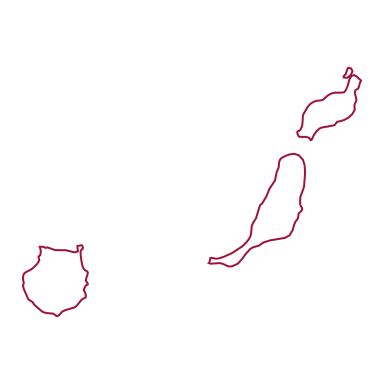 Las Palmas, Albers equal-area conic projection
{"feature_id": "ESP-5829", "entity_name": "Las Palmas", "entity_type": "Autonomous Community", "adm_level": 1, "iso_a3": "ESP", "parent_name": "Spain", "parent_adm1": "", "projection": "albers", "projection_center": [-14.437, 28.512], "detail": "fine", "context": "isolated", "style": "outline", "palette": "rose", "viewbox_px": 384, "rotation_deg": 0, "n_neighbors": 0, "source": "natural_earth", "source_scale": "10m", "svg_char_len": 2650}
<svg xmlns="http://www.w3.org/2000/svg" viewBox="0 0 384 384"><path d="M283.8,156.7L289.0,154.5L294.2,153.8L298.9,155.3L303.0,159.9L304.6,165.2L305.1,172.5L304.1,186.1L303.2,189.4L300.8,195.5L300.3,197.7L300.1,203.1L300.3,204.8L300.7,205.8L302.0,208.0L302.2,209.2L301.6,210.7L299.1,213.1L298.5,214.0L298.4,215.5L298.2,217.1L297.8,218.5L295.4,221.8L294.2,224.6L292.7,230.0L289.6,235.3L284.9,237.9L270.0,240.4L263.6,242.4L258.8,245.7L253.3,247.2L250.4,248.8L245.8,253.8L242.0,259.1L237.8,263.7L231.9,266.4L228.3,266.4L222.7,263.8L219.8,263.1L210.5,263.7L208.8,263.1L209.3,262.6L209.9,260.7L210.3,258.8L210.2,258.1L211.2,257.8L216.0,258.7L218.8,258.4L224.0,256.7L232.2,253.0L242.2,246.4L246.4,242.3L248.6,239.5L250.2,236.9L251.0,233.8L251.8,225.9L253.0,223.0L256.1,218.1L259.5,206.8L260.3,204.9L262.1,203.5L266.3,196.6L269.5,188.7L275.0,180.5L276.6,172.5L278.6,167.6L279.2,161.9L280.0,159.8L281.4,158.1L283.8,156.7ZM83.9,269.1L85.0,270.1L87.3,271.5L87.8,272.5L87.4,275.1L86.3,277.9L85.9,280.8L87.7,283.4L87.7,284.5L86.2,285.2L85.1,286.6L83.7,290.0L85.0,292.3L85.9,295.2L85.6,297.6L83.2,298.6L81.5,299.8L76.9,305.5L74.9,307.3L64.9,310.3L63.3,311.2L62.6,311.3L58.8,315.4L57.1,316.2L55.7,315.5L54.3,314.3L53.0,313.6L46.9,313.1L44.2,312.5L41.9,311.4L34.4,304.8L33.2,303.2L32.7,302.1L29.7,300.3L28.4,299.3L27.9,298.4L23.9,289.2L23.0,285.9L23.8,282.8L23.3,280.9L23.0,278.5L23.2,275.9L23.9,274.0L25.2,272.6L30.8,269.6L33.3,267.8L36.8,264.4L39.3,260.5L38.5,256.6L40.2,255.2L40.8,252.3L40.5,249.1L39.7,246.8L41.3,246.7L42.8,246.8L44.2,247.2L45.5,247.9L47.5,247.4L55.1,250.1L65.7,250.2L74.6,252.4L77.9,251.4L77.4,246.0L81.6,245.2L82.2,245.5L82.9,247.6L82.8,248.8L81.7,249.4L80.6,251.3L80.7,255.6L81.6,262.0L81.9,263.1L82.2,265.0L82.8,267.1L83.9,269.1ZM351.8,75.7L354.3,75.1L356.9,76.7L361.0,80.5L359.6,83.8L359.1,86.4L358.1,88.6L355.3,90.4L354.8,92.9L355.3,95.0L356.0,97.4L356.4,100.2L356.1,101.4L354.9,103.5L354.5,104.7L354.4,106.1L354.7,108.9L354.5,110.2L352.3,114.1L348.3,117.7L343.8,120.2L337.2,121.9L335.9,123.4L334.8,124.9L333.1,125.6L330.9,125.8L327.7,126.6L325.4,126.8L320.5,127.9L316.8,130.8L313.9,135.0L311.5,140.0L310.6,140.0L309.1,137.8L306.2,136.9L299.5,136.9L298.5,136.0L297.6,134.1L297.2,132.2L297.6,131.3L299.2,130.8L300.4,129.6L301.8,126.9L302.4,124.3L302.9,116.4L303.3,114.3L307.9,106.6L310.4,103.9L312.4,102.5L314.6,101.4L317.3,100.7L320.4,100.5L323.1,99.7L327.7,95.6L330.5,93.9L333.1,93.0L335.3,92.7L342.4,92.6L344.4,92.0L345.9,90.0L347.6,86.1L349.0,80.8L350.1,78.0L351.8,75.7ZM351.2,68.5L352.5,71.4L350.6,75.2L347.1,77.9L343.7,77.4L343.7,76.2L345.8,73.9L346.9,70.3L348.2,67.8L351.2,68.5Z" fill="none" stroke="#9f1239" stroke-width="2"/></svg>